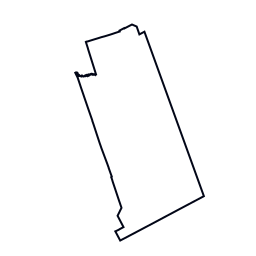 outline of 9 de Julio, Santa Fe, Argentina, rotated 152°
{"feature_id": "61730980B95993881972660", "entity_name": "9 de Julio", "entity_type": "district", "adm_level": 2, "iso_a3": "ARG", "parent_name": "Argentina", "parent_adm1": "Santa Fe", "projection": "robinson", "projection_center": [-61.267, -28.92], "detail": "fine", "context": "isolated", "style": "outline", "palette": "ink", "viewbox_px": 256, "rotation_deg": 152, "n_neighbors": 0, "source": "geoboundaries", "source_scale": "gbopen_adm2", "svg_char_len": 3090}
<svg xmlns="http://www.w3.org/2000/svg" viewBox="0 0 256 256"><g transform="rotate(152 128 128)"><path d="M93.0,32.2L68.3,205.3L68.8,205.3L70.7,205.3L74.0,205.3L72.7,213.5L75.9,217.5L84.5,217.6L84.5,218.0L85.1,218.0L89.8,218.0L90.0,217.1L90.5,217.2L91.1,217.3L93.4,217.7L94.5,217.9L97.0,218.3L98.2,218.5L100.4,218.9L105.5,219.9L108.9,220.7L112.2,221.3L116.8,222.2L121.5,223.1L122.7,223.3L123.0,223.4L123.4,223.5L123.9,223.7L124.1,223.7L124.3,223.8L124.6,223.7L124.7,223.8L124.8,223.8L125.9,217.7L126.3,215.9L131.1,190.2L131.4,190.2L131.5,190.3L131.8,190.2L131.8,190.5L132.0,190.7L132.1,190.8L132.2,190.7L132.3,190.6L132.5,190.7L132.5,190.8L132.6,191.0L132.7,191.3L132.8,191.3L132.9,191.2L133.0,191.1L133.3,191.1L133.4,191.3L133.4,191.6L133.5,191.8L133.8,192.0L133.7,192.2L133.8,192.3L134.0,192.2L134.3,192.0L134.4,192.3L134.5,192.4L134.8,192.4L135.0,192.4L135.1,192.6L135.0,193.1L135.3,193.2L135.6,193.2L135.8,193.0L135.9,192.9L136.0,192.7L136.3,192.7L136.4,192.8L136.5,192.9L136.5,193.0L136.6,193.3L136.8,193.4L137.0,193.2L137.1,192.9L137.3,192.8L137.5,192.8L137.6,192.7L137.8,192.7L138.0,192.6L138.4,192.7L138.5,192.7L138.5,192.8L138.6,193.1L138.8,193.0L139.0,193.1L138.9,193.2L138.8,193.3L138.7,193.3L138.4,193.3L138.2,193.3L137.9,193.3L138.0,193.5L138.1,193.8L138.3,193.7L138.5,193.5L138.7,193.8L138.8,193.8L139.0,193.9L139.1,193.7L139.3,193.5L139.5,193.5L139.6,193.8L139.7,194.0L139.8,193.9L139.9,193.7L140.0,193.5L140.2,193.8L140.3,194.0L140.5,194.1L140.8,193.9L141.0,193.8L141.1,194.1L141.0,194.3L141.0,194.5L141.3,194.5L141.3,194.4L141.6,194.3L141.8,194.3L141.9,194.5L142.0,194.5L142.1,194.2L142.3,194.2L142.4,194.3L142.5,194.3L142.8,194.2L143.0,194.3L143.2,194.5L143.4,194.6L143.5,194.6L143.6,194.8L143.7,195.0L143.8,195.3L143.8,195.7L143.9,195.8L144.0,196.0L144.3,195.9L144.3,195.7L144.5,195.5L144.8,195.6L145.0,195.5L145.2,195.9L145.3,196.0L145.5,196.0L145.6,196.3L145.7,196.5L145.8,196.6L146.0,196.6L146.3,196.8L146.5,196.7L146.8,196.8L146.8,197.0L146.7,197.1L146.6,197.3L146.7,197.5L146.8,197.5L146.7,197.6L146.7,197.8L146.4,198.0L146.5,198.2L146.8,198.3L146.9,198.5L146.9,198.8L147.0,198.9L147.2,199.0L147.4,199.3L147.5,199.3L147.5,199.5L147.3,199.6L147.1,199.5L146.9,199.5L146.8,199.8L147.3,200.0L147.5,200.1L147.6,200.3L147.8,200.4L147.8,200.5L147.6,200.6L147.4,200.7L147.1,200.6L146.9,200.7L146.9,200.8L147.0,201.0L147.3,201.2L147.5,201.1L147.8,201.0L148.0,201.3L148.2,201.5L148.3,201.8L148.5,202.0L148.6,202.3L148.6,202.5L148.8,196.2L149.5,191.8L150.6,185.4L151.7,178.5L152.1,176.1L154.1,163.6L155.9,151.9L156.2,150.7L156.3,150.5L156.3,150.1L156.8,147.0L158.5,137.3L160.1,128.0L160.7,124.0L160.9,122.9L163.2,105.5L163.6,102.9L163.6,102.4L163.9,101.5L163.9,101.3L164.3,98.5L164.7,95.9L164.8,95.1L165.1,92.9L165.1,92.7L165.3,92.5L165.4,92.4L165.5,92.4L165.9,92.4L165.9,92.1L166.3,89.7L166.7,87.8L168.2,78.8L168.6,76.5L170.1,67.6L170.5,64.8L170.6,64.5L171.0,61.8L171.2,60.7L171.3,60.6L171.4,60.4L173.3,59.1L174.5,58.2L178.4,55.4L178.5,42.6L183.0,42.6L183.8,42.5L186.5,42.6L187.7,42.7L187.7,32.3L164.1,32.2L93.0,32.2Z" fill="none" stroke="#020617" stroke-width="2"/></g></svg>